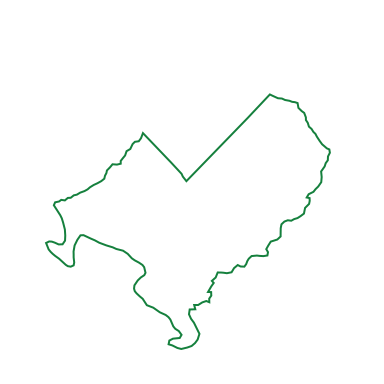 Tapira, Paraná, Brazil (Mercator projection), rotated 218°
{"feature_id": "56859067B14009728916409", "entity_name": "Tapira", "entity_type": "district", "adm_level": 2, "iso_a3": "BRA", "parent_name": "Brazil", "parent_adm1": "Paraná", "projection": "mercator", "projection_center": [-53.135, -23.338], "detail": "fine", "context": "isolated", "style": "outline", "palette": "green", "viewbox_px": 384, "rotation_deg": 218, "n_neighbors": 0, "source": "geoboundaries", "source_scale": "gbopen_adm2", "svg_char_len": 2580}
<svg xmlns="http://www.w3.org/2000/svg" viewBox="0 0 384 384"><g transform="rotate(218 192 192)"><path d="M292.7,96.5L281.5,92.6L278.4,91.1L274.8,88.6L269.1,84.2L265.1,79.7L262.1,75.5L261.8,71.1L264.8,68.6L269.0,67.6L271.9,66.6L274.1,65.1L275.6,62.0L269.6,58.5L266.5,57.8L263.8,57.5L260.4,57.4L255.7,57.6L246.7,56.9L244.2,57.1L241.6,58.5L240.1,61.3L241.4,63.9L245.0,67.6L246.8,69.9L248.7,72.2L251.6,77.6L252.9,83.8L253.2,89.2L250.9,91.2L243.4,92.9L238.8,94.1L233.9,94.9L226.6,97.2L220.4,99.6L216.6,100.5L210.2,103.3L204.6,103.7L198.6,102.7L195.0,102.9L190.3,103.7L186.1,104.0L183.4,103.3L178.9,99.7L178.4,97.1L179.7,93.2L180.3,88.9L179.9,83.0L178.2,80.2L176.0,78.6L173.3,78.0L168.8,77.6L165.1,77.5L157.9,75.0L151.3,77.0L143.3,77.4L137.0,78.9L133.5,78.9L130.6,78.2L124.0,74.6L121.0,73.9L116.8,74.3L112.3,73.0L111.8,69.4L116.7,64.7L118.4,61.0L116.7,57.6L113.0,59.0L107.5,60.1L103.8,61.7L100.0,66.5L97.5,70.4L96.6,74.8L96.7,79.2L98.8,84.8L110.0,90.2L114.7,91.5L119.1,93.8L121.5,98.0L117.2,101.6L120.7,104.3L117.6,106.7L115.9,111.4L113.6,114.9L110.5,115.8L112.8,118.6L113.0,122.2L115.3,124.9L117.8,123.1L118.7,129.5L118.9,133.7L121.6,134.2L120.7,139.2L122.2,144.4L119.7,146.3L117.6,147.7L114.5,149.5L111.4,153.1L112.0,157.9L111.0,162.6L107.9,163.2L104.8,165.4L104.9,168.5L105.9,171.7L106.2,174.4L105.6,178.2L101.7,181.9L99.5,183.2L96.3,185.4L93.5,188.4L95.1,191.4L98.3,192.7L98.9,196.6L99.4,201.4L97.4,204.3L95.5,207.1L94.8,211.5L97.4,214.9L99.8,218.1L101.6,221.6L101.0,225.6L99.1,228.7L96.1,230.5L94.8,233.6L92.8,236.4L91.6,239.8L90.5,243.9L93.1,249.1L92.4,254.7L93.8,257.5L95.6,259.6L98.2,258.3L98.7,262.1L96.4,266.9L96.4,270.3L95.9,274.0L96.2,279.3L99.0,283.6L102.9,287.7L103.2,293.8L104.4,297.1L104.5,300.6L106.7,303.7L107.5,307.8L110.0,310.1L112.6,309.4L116.0,309.6L118.8,309.7L123.0,310.9L127.7,312.5L130.5,313.8L133.4,314.1L136.6,315.3L140.1,315.5L143.4,317.8L146.5,318.8L148.2,320.9L152.3,323.4L155.4,323.3L159.9,323.8L163.6,327.1L166.3,326.1L168.6,324.7L171.3,323.9L175.3,321.8L178.7,321.0L182.0,318.8L187.9,317.4L190.7,316.8L193.1,291.1L193.7,284.6L203.1,197.1L208.7,198.5L211.4,199.9L226.9,202.4L230.4,202.9L266.9,208.2L265.3,203.0L265.2,199.2L267.9,196.4L268.3,193.2L267.1,187.9L268.7,183.9L267.2,179.6L267.3,176.1L267.3,172.6L265.6,170.4L268.0,167.4L271.7,164.9L271.8,161.1L272.3,156.6L271.1,154.2L270.6,151.3L269.3,148.5L270.2,144.7L271.9,140.7L273.8,137.0L275.3,132.9L275.9,129.8L277.3,126.5L279.7,122.7L281.1,119.0L283.1,116.6L284.0,112.8L286.2,110.9L287.0,107.1L290.2,105.3L290.9,102.7L293.5,99.6L292.7,96.5Z" fill="none" stroke="#15803d" stroke-width="2"/></g></svg>